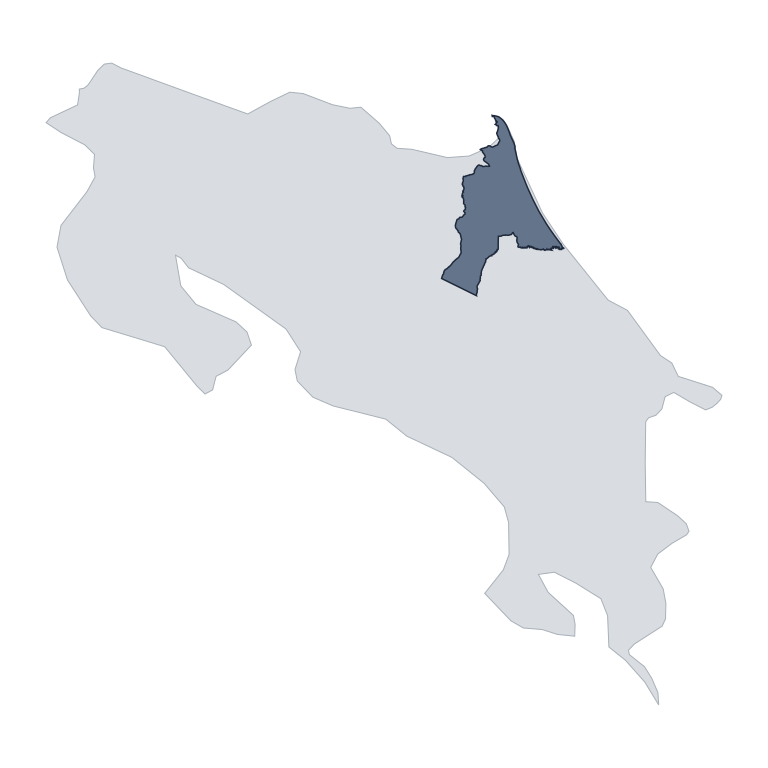 Pococi, Limón, Costa Rica shown in context
{"feature_id": "36466004B96368575688704", "entity_name": "Pococi", "entity_type": "district", "adm_level": 2, "iso_a3": "CRI", "parent_name": "Costa Rica", "parent_adm1": "Limón", "projection": "albers", "projection_center": [-83.671, 10.502], "detail": "fine", "context": "in_parent", "style": "filled", "palette": "slate", "viewbox_px": 768, "rotation_deg": 0, "n_neighbors": 0, "source": "geoboundaries", "source_scale": "gbopen_adm2", "svg_char_len": 7638}
<svg xmlns="http://www.w3.org/2000/svg" viewBox="0 0 768 768"><path d="M721.9,395.3L720.8,399.1L717.3,403.1L712.3,407.2L705.6,409.9L689.6,401.7L673.8,392.4L665.1,396.7L661.9,408.9L656.0,415.2L648.7,417.7L645.7,421.7L645.2,462.9L645.8,501.7L657.8,502.5L677.8,515.9L686.3,523.8L689.0,531.2L686.6,534.8L672.0,543.3L657.8,554.0L650.7,567.4L663.2,588.9L665.9,603.5L665.5,618.9L662.1,626.2L634.5,643.9L628.5,650.1L629.3,654.6L644.5,666.7L651.8,678.4L657.9,692.6L658.7,704.9L644.8,682.1L625.6,660.4L608.9,647.0L607.6,615.7L600.9,598.7L575.8,583.1L554.3,572.2L538.4,574.4L548.2,592.4L573.4,615.4L575.1,624.3L574.7,636.2L557.3,634.4L542.0,629.5L523.4,628.0L511.0,620.9L484.7,593.4L503.3,569.9L509.1,554.5L508.6,522.5L504.3,506.9L484.1,483.3L451.9,457.4L406.9,436.2L385.7,419.1L333.0,405.9L312.9,397.2L297.3,381.0L295.0,369.5L300.6,351.7L286.1,329.1L223.6,284.4L188.6,267.8L181.1,258.2L175.5,255.2L180.8,285.9L196.0,304.4L236.0,321.9L247.0,332.0L251.4,345.1L228.0,370.0L216.1,376.3L212.6,389.9L205.0,394.0L197.0,386.1L164.7,346.7L101.9,327.6L90.7,315.9L67.5,280.0L57.0,247.2L61.0,225.4L87.0,191.6L95.1,176.9L93.5,167.8L94.5,154.4L84.9,144.9L61.2,132.6L46.1,122.7L50.3,117.8L77.6,104.9L79.4,93.0L79.3,89.1L83.8,88.3L87.8,85.2L90.2,81.9L97.7,70.5L104.3,64.1L111.8,63.1L120.9,67.9L155.2,80.4L193.3,94.3L247.7,114.0L270.3,101.6L289.7,92.2L303.2,93.6L332.4,104.7L350.0,108.3L360.9,107.2L379.5,123.5L389.7,135.8L391.4,143.9L397.1,148.3L411.7,149.3L447.4,157.6L469.2,156.0L489.0,147.2L499.9,136.8L503.3,120.2L508.3,128.4L514.2,141.3L516.8,157.7L542.5,213.0L563.0,243.9L608.1,300.1L627.5,310.4L660.5,355.6L671.8,363.0L678.3,376.4L712.5,387.3L721.9,395.3Z" fill="#d9dde1" stroke="#a8b0b8" stroke-width="1"/><path d="M561.0,244.1L560.1,243.2L554.6,235.8L550.5,230.0L546.5,224.0L538.9,211.3L533.1,199.9L527.5,187.6L525.3,182.2L520.7,170.4L520.2,168.3L518.7,164.2L517.3,159.3L514.8,147.8L515.1,146.9L514.0,143.2L510.4,135.4L509.2,131.9L506.8,126.0L505.3,123.4L503.7,121.2L502.0,119.3L500.1,117.8L498.7,116.8L496.3,116.1L494.3,115.7L492.7,115.6L492.1,115.4L492.3,116.5L492.6,116.5L492.9,116.4L493.6,116.4L494.1,116.9L494.6,118.3L495.2,119.0L495.6,120.2L496.2,120.7L496.6,121.5L497.2,121.9L497.1,122.2L496.7,122.3L496.3,121.7L496.0,121.6L496.0,121.9L496.4,122.5L496.4,123.2L495.9,123.8L495.4,124.1L495.2,124.4L496.0,124.6L496.5,125.5L497.8,125.5L498.2,125.8L498.4,126.1L498.1,126.9L498.4,127.5L498.2,128.6L497.7,130.7L497.1,132.3L496.8,132.7L496.7,133.3L497.6,135.8L498.2,136.6L498.3,137.6L498.5,137.9L498.7,138.5L499.3,139.0L499.7,140.1L499.7,140.7L499.6,141.2L498.7,142.6L498.4,143.4L497.5,144.9L497.0,145.2L495.7,145.6L493.6,146.7L492.6,147.1L492.1,147.1L490.9,146.6L490.1,145.9L489.4,145.8L488.4,145.8L488.0,146.0L487.4,146.7L486.5,147.4L485.0,147.6L483.8,148.2L482.1,148.5L480.3,149.4L480.2,149.6L480.6,149.9L481.3,150.3L482.5,150.7L482.5,152.0L484.1,154.1L485.0,155.7L485.2,157.3L484.0,158.1L483.6,159.1L483.5,159.8L484.5,161.2L486.1,162.2L486.6,162.7L488.4,164.0L489.4,165.7L489.5,166.2L489.0,166.3L487.0,166.3L486.0,166.0L484.0,166.5L482.6,166.5L481.7,165.6L481.1,165.6L480.5,165.7L479.5,165.1L478.5,165.1L477.5,165.9L476.6,167.0L476.3,167.7L475.5,168.4L475.3,168.8L475.2,169.4L474.4,170.5L474.3,171.1L474.4,172.6L473.6,173.8L472.5,174.1L472.1,174.5L469.8,174.7L469.5,174.8L469.0,175.4L468.1,175.3L467.7,175.5L467.1,175.6L466.4,175.9L465.9,175.9L465.5,176.5L463.6,176.4L463.4,176.6L463.3,177.6L462.9,178.5L462.9,178.8L463.2,179.2L463.3,181.0L462.5,182.9L462.5,183.4L462.7,184.1L462.6,184.3L462.3,184.2L462.3,184.7L462.9,185.5L463.1,186.3L464.0,187.2L463.8,187.8L464.0,188.6L463.8,189.8L463.2,190.4L463.3,191.1L462.8,191.3L462.9,191.8L463.3,192.2L463.0,192.4L462.3,193.7L462.3,194.4L461.9,195.7L462.9,195.7L462.8,196.3L462.2,196.8L462.1,197.0L462.5,197.6L463.1,197.9L463.4,198.4L463.6,199.2L463.6,200.1L463.8,200.7L463.6,201.8L463.7,202.7L463.6,203.6L465.2,205.3L465.0,206.7L465.6,207.3L465.3,208.0L465.4,209.3L465.1,209.6L464.1,210.4L463.7,211.2L463.9,211.6L465.0,212.7L465.0,213.9L464.8,214.2L463.6,215.1L462.9,216.3L462.3,216.9L461.6,217.3L460.0,217.3L459.6,217.4L458.8,218.8L457.7,219.2L457.1,219.5L456.3,221.8L455.4,225.1L455.4,226.6L456.0,228.4L457.0,229.3L457.6,230.4L458.0,230.7L458.3,232.1L460.1,233.6L460.9,236.6L461.1,237.9L461.3,238.4L461.6,239.4L461.0,241.6L460.9,242.6L460.6,243.4L460.6,244.5L461.0,245.4L460.7,248.2L460.9,250.5L461.2,251.1L461.0,251.9L461.0,253.4L460.3,254.2L459.1,256.7L458.3,257.7L456.6,258.9L454.8,260.5L454.1,261.3L453.1,262.1L451.3,264.6L449.5,266.5L448.7,266.9L448.3,267.3L447.4,268.4L445.1,269.7L445.0,270.1L444.3,270.8L444.0,271.6L443.8,272.1L443.8,272.5L443.6,272.9L443.6,273.9L442.6,275.1L441.6,278.5L476.5,295.7L476.3,294.8L476.6,294.1L476.6,293.5L477.1,292.7L477.2,291.7L477.1,290.6L477.6,289.1L477.5,288.5L477.2,288.0L477.1,286.5L477.2,285.9L478.0,284.4L478.3,284.1L478.7,283.4L479.2,282.1L479.9,281.2L480.2,280.6L480.2,279.9L480.0,279.1L480.4,278.3L480.3,276.7L480.6,275.8L481.0,275.5L481.2,275.1L481.1,274.6L481.3,273.8L481.1,273.5L481.4,271.8L481.5,270.8L481.9,270.1L482.1,269.4L482.4,268.5L483.1,267.5L483.2,266.8L483.8,265.6L484.4,264.6L484.4,264.0L484.8,263.4L485.1,262.5L485.7,261.8L485.5,261.0L486.0,259.8L486.0,259.3L486.3,259.1L486.2,258.8L486.5,258.8L488.5,257.3L489.0,256.5L490.9,255.8L491.1,255.5L491.6,255.7L491.6,255.2L492.2,254.7L492.5,254.8L492.8,254.7L493.2,254.5L493.3,254.1L494.3,253.8L494.4,253.4L494.7,253.0L495.4,252.9L495.7,252.5L495.3,251.9L495.4,251.7L496.5,251.8L496.8,251.6L496.9,250.8L497.2,250.4L496.8,250.2L497.0,249.9L497.3,249.9L497.3,249.6L497.5,249.6L497.8,249.7L498.2,249.1L498.2,248.5L498.2,242.9L498.4,236.2L501.0,236.2L501.4,236.1L502.3,235.4L504.5,235.2L505.3,235.3L505.7,235.0L507.9,235.3L509.2,235.1L510.0,234.7L510.6,234.7L511.4,234.5L512.4,233.0L512.7,232.7L513.2,232.6L513.1,233.1L513.9,233.9L514.0,234.3L514.8,235.7L515.8,236.4L516.4,236.5L516.8,236.9L517.1,237.4L517.0,239.3L516.7,239.9L517.0,241.9L517.2,242.6L517.6,243.0L518.0,243.8L518.5,244.6L517.9,246.4L518.0,246.9L518.5,247.2L520.2,247.1L520.2,247.4L520.5,247.4L520.7,247.7L521.7,247.5L522.4,247.2L523.2,247.5L523.0,247.8L523.9,247.5L524.1,248.0L524.4,247.8L524.5,247.5L525.0,247.3L525.2,247.8L525.3,247.9L527.0,247.9L527.1,247.6L526.5,247.5L526.6,247.2L527.2,247.1L527.5,246.5L527.8,246.8L528.4,246.8L528.4,246.6L527.8,246.2L528.5,245.7L528.6,245.8L528.6,246.3L529.2,246.0L529.6,246.2L529.5,247.1L529.7,247.6L529.9,247.4L530.0,246.8L530.2,246.5L531.3,246.5L531.4,247.2L532.2,247.3L532.1,247.7L532.3,247.8L532.6,247.8L532.7,247.3L533.0,247.3L533.1,247.9L533.5,248.2L533.6,247.7L533.1,247.2L533.6,247.3L533.8,247.5L534.1,248.2L534.4,248.2L535.1,248.4L535.1,248.8L535.8,248.7L535.8,249.0L536.3,249.2L536.3,248.7L536.8,248.9L536.9,248.7L537.2,248.7L537.4,248.8L537.5,249.4L538.1,249.5L538.7,249.3L539.3,249.6L540.5,249.6L540.7,249.8L541.2,249.9L541.8,249.5L542.6,249.5L543.3,249.0L543.5,249.2L543.8,249.7L544.3,249.8L544.4,250.2L544.8,250.3L544.9,250.1L545.5,250.1L546.0,249.8L546.6,249.7L546.9,249.1L547.3,249.8L547.8,249.7L548.2,249.4L548.6,249.7L549.0,249.4L549.9,249.9L551.3,250.1L550.3,249.3L550.8,249.2L551.6,249.5L551.7,248.7L551.3,248.3L551.7,248.1L552.7,248.1L552.5,247.2L552.9,246.5L553.8,246.7L553.4,247.9L553.4,248.3L553.5,248.4L553.7,248.2L553.7,247.6L554.7,246.6L555.1,246.8L555.6,247.7L556.0,246.5L556.4,246.5L556.7,246.6L556.8,247.1L556.8,248.0L557.6,247.9L558.0,247.1L558.9,247.1L559.1,247.2L559.1,247.6L558.8,248.4L559.4,248.2L559.6,248.2L559.7,248.3L559.7,248.6L559.4,249.0L559.3,249.4L560.2,249.5L561.1,249.2L561.5,249.5L561.9,249.2L561.7,248.5L561.8,248.3L562.5,248.2L563.1,248.4L563.6,248.5L563.8,248.2L562.4,247.2L561.0,244.1Z" fill="#64748b" stroke="#1e293b" stroke-width="1.5"/></svg>